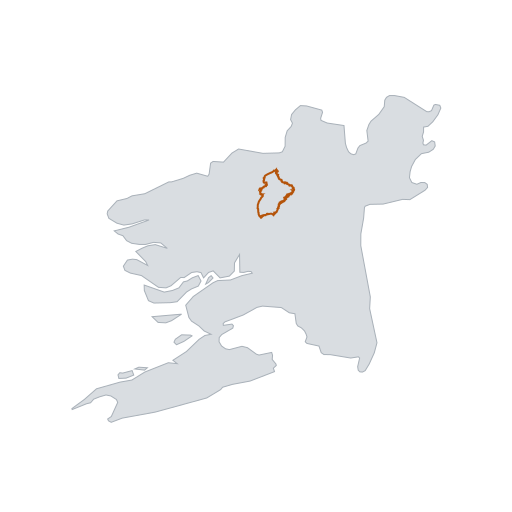 location of Pabna, Rajshahi, Bangladesh, rotated 81°
{"feature_id": "16705992B46384724638491", "entity_name": "Pabna", "entity_type": "district", "adm_level": 2, "iso_a3": "BGD", "parent_name": "Bangladesh", "parent_adm1": "Rajshahi", "projection": "robinson", "projection_center": [89.41, 24.081], "detail": "fine", "context": "in_parent", "style": "outline", "palette": "amber", "viewbox_px": 512, "rotation_deg": 81, "n_neighbors": 0, "source": "geoboundaries", "source_scale": "gbopen_adm2", "svg_char_len": 9051}
<svg xmlns="http://www.w3.org/2000/svg" viewBox="0 0 512 512"><g transform="rotate(81 256 256)"><path d="M177.2,369.0L177.1,356.1L169.2,330.6L169.6,327.8L167.9,315.6L165.9,308.8L164.9,301.6L169.7,291.2L167.8,289.5L157.2,286.3L155.9,283.6L158.2,273.4L150.6,263.7L147.6,256.5L155.7,233.1L157.8,216.9L157.2,213.7L152.2,210.1L143.4,208.6L137.2,205.6L133.6,201.0L130.5,199.2L126.7,200.5L121.8,198.7L117.8,194.2L114.4,188.6L115.7,182.6L122.2,168.2L124.5,167.8L130.1,170.6L132.2,170.6L135.8,164.9L140.9,148.7L158.7,150.1L163.0,149.6L167.5,148.3L169.9,146.3L171.2,143.7L170.8,141.5L165.3,138.4L163.2,136.1L161.7,129.7L160.1,127.3L149.4,126.9L143.8,123.9L140.8,121.3L135.3,112.5L128.6,106.0L122.2,104.4L119.7,102.3L118.4,99.0L119.2,94.1L122.5,84.8L140.2,64.7L140.6,62.5L139.9,59.9L134.8,56.7L134.4,55.1L135.9,50.9L138.8,50.3L144.9,54.2L151.1,60.4L154.8,65.9L154.9,70.3L159.7,71.1L163.8,73.1L167.9,72.5L170.6,73.5L172.4,73.2L173.1,70.6L169.6,64.3L171.3,61.7L175.4,61.8L178.3,64.2L180.5,69.1L180.8,76.6L185.6,83.5L191.9,88.3L196.8,90.6L202.7,92.2L207.8,90.6L210.3,85.9L209.2,81.6L209.9,77.8L212.0,75.7L215.1,75.8L217.5,78.8L224.4,95.2L223.0,102.4L224.6,122.3L222.8,135.4L223.9,140.4L225.1,141.3L235.5,143.8L250.6,149.0L262.2,150.9L314.3,149.5L325.8,152.0L360.6,150.1L370.1,154.3L380.4,161.1L386.3,166.1L387.3,169.0L386.7,171.5L384.8,172.9L381.2,172.9L373.0,169.6L371.6,170.6L371.6,178.4L365.0,198.2L364.0,204.3L361.7,206.7L354.8,207.9L350.3,219.4L348.4,220.8L343.9,218.3L341.1,218.7L337.6,219.8L334.1,222.4L331.6,225.7L328.9,226.8L319.1,226.6L317.3,232.0L310.9,239.0L306.5,257.4L306.9,263.1L312.3,277.9L316.2,297.0L317.6,299.0L319.4,299.1L319.5,290.4L321.3,289.2L323.6,290.2L328.2,302.1L330.8,305.1L334.9,305.9L339.5,304.1L342.9,300.6L344.3,296.9L343.0,284.0L345.2,278.8L353.1,270.9L354.3,268.5L353.7,255.6L356.7,255.2L360.7,256.2L365.8,253.2L367.3,253.1L369.5,256.4L373.1,255.8L378.6,281.4L379.1,299.5L380.4,309.5L382.4,311.8L388.5,326.8L394.4,379.8L395.2,413.5L397.6,425.0L395.7,427.5L393.8,428.0L391.9,424.0L379.0,415.5L375.9,416.3L371.5,421.3L369.8,425.9L370.6,432.4L372.0,438.7L375.1,442.4L375.4,446.4L378.9,461.6L377.9,461.7L370.8,447.9L362.2,434.3L359.3,410.0L359.1,398.0L353.2,383.9L347.7,359.3L350.0,350.7L346.0,354.4L339.5,339.7L329.4,325.2L326.5,318.9L326.3,312.6L322.0,318.9L316.2,323.3L310.2,329.9L306.2,331.9L293.6,333.1L286.2,324.3L275.7,302.6L274.3,297.7L275.7,285.0L273.2,273.0L272.4,262.4L270.6,263.3L269.9,266.2L270.3,270.7L269.5,274.5L251.9,272.0L259.4,278.3L267.5,279.8L271.7,285.5L272.0,294.9L264.0,300.6L264.8,305.4L269.4,311.2L263.8,312.9L262.3,316.7L262.2,322.1L266.1,330.4L265.4,333.7L272.1,344.6L273.4,349.8L271.7,357.2L257.4,372.2L253.2,382.8L249.7,387.7L245.3,388.6L239.9,383.6L239.8,378.5L240.9,374.4L248.4,364.5L244.3,365.8L232.7,374.0L230.5,367.3L229.0,361.2L229.0,353.7L234.6,342.4L228.2,348.0L226.5,355.0L227.3,363.3L226.4,369.1L224.0,376.8L220.6,381.4L215.1,384.3L212.7,388.8L209.0,392.1L207.7,376.8L203.7,356.0L202.9,360.4L204.9,373.3L204.8,381.7L201.8,388.3L195.8,395.4L191.1,396.4L188.4,395.4L179.8,384.7L179.0,374.5L177.2,369.0ZM283.3,369.2L272.6,371.7L267.2,371.0L277.3,352.3L277.0,343.9L275.4,337.1L270.2,331.7L269.9,327.7L267.6,322.4L266.3,316.2L272.1,314.2L276.7,317.7L278.4,324.8L280.7,330.2L288.8,341.1L288.7,347.8L286.5,364.2L283.3,369.2ZM306.3,363.1L299.7,368.1L301.8,338.6L306.7,349.6L307.9,355.5L306.3,363.1ZM331.2,348.4L328.3,350.5L325.6,348.7L322.2,341.8L323.9,333.0L324.9,331.7L329.1,340.7L331.2,348.4ZM355.5,410.6L351.8,410.9L350.0,408.8L350.8,405.9L349.8,396.3L354.5,395.4L356.3,403.4L355.5,410.6ZM351.3,383.9L348.6,393.4L347.5,389.1L349.4,380.8L351.3,383.9ZM274.8,307.1L275.9,310.1L270.0,306.2L268.4,303.4L271.0,301.9L274.8,307.1Z" fill="#d9dde1" stroke="#a8b0b8" stroke-width="1"/><path d="M195.8,241.6L196.0,240.6L196.1,240.9L196.1,241.0L196.4,241.0L196.5,240.8L196.4,240.4L196.4,239.7L197.7,239.9L198.1,240.1L199.2,241.7L200.6,242.7L201.7,243.8L202.8,244.7L204.7,245.6L205.1,245.9L205.7,246.2L206.1,246.3L206.8,246.4L207.9,246.6L208.5,246.8L209.1,247.0L209.4,246.9L209.6,246.6L209.9,246.5L211.0,246.7L211.9,246.7L212.7,246.9L213.1,246.9L213.9,246.6L214.8,246.9L215.3,246.8L215.8,246.7L216.7,246.5L217.3,246.2L217.7,245.7L218.3,245.5L218.7,245.1L219.0,245.0L218.9,244.7L217.8,243.4L217.6,242.8L217.4,242.7L217.2,242.0L216.9,242.8L216.8,242.3L217.1,241.8L216.9,241.5L217.0,241.1L217.1,240.7L216.9,240.7L216.9,240.4L217.0,240.2L216.8,239.4L216.7,238.7L216.3,238.7L216.1,238.6L216.2,238.1L216.1,237.7L216.4,237.4L216.6,237.4L216.5,235.0L216.6,234.2L217.0,233.5L217.7,232.8L218.3,232.3L217.6,231.9L217.4,231.6L217.2,231.6L217.1,231.2L216.8,230.8L217.1,230.8L216.9,230.5L216.5,230.6L216.0,230.9L216.0,230.4L215.9,229.3L215.9,229.2L216.0,229.2L215.9,228.9L215.6,228.7L215.5,228.8L214.9,228.4L214.5,227.9L213.6,227.5L213.1,227.1L212.7,227.4L211.9,226.5L211.9,226.4L211.7,226.5L211.5,226.3L211.4,226.5L211.2,226.4L210.4,226.0L210.3,225.6L209.7,225.6L209.7,225.4L209.3,225.4L209.0,225.3L208.8,225.5L208.4,225.4L208.2,225.1L208.1,224.8L208.5,225.0L208.7,224.6L208.3,224.2L207.8,224.1L207.7,224.4L207.6,224.5L207.5,224.4L207.6,224.1L207.6,223.9L207.4,224.1L207.1,224.1L207.0,223.9L206.8,224.0L206.7,223.7L206.6,223.3L206.5,222.8L206.2,222.7L206.1,222.3L206.5,222.2L206.2,221.5L206.2,221.3L206.4,221.3L206.8,221.5L206.9,221.3L206.8,221.1L206.6,220.8L206.2,220.8L205.8,220.6L205.7,220.1L205.8,219.8L206.0,219.9L206.3,219.7L206.1,219.3L206.0,219.2L205.7,219.3L205.4,219.1L205.5,218.9L205.3,218.7L205.0,218.2L204.8,217.9L204.6,218.0L204.3,218.0L204.3,217.8L204.1,217.9L203.9,218.1L204.0,218.3L203.9,218.4L203.9,218.6L203.9,218.8L203.4,218.7L203.2,218.9L202.9,219.0L202.8,218.8L202.8,218.5L202.7,218.5L202.7,218.4L202.8,218.2L202.5,217.9L202.4,217.3L202.5,217.3L202.5,217.5L202.9,217.5L203.1,217.7L203.4,217.4L203.4,217.0L203.2,216.7L202.9,216.7L203.0,216.8L202.8,216.9L202.7,216.8L202.4,217.0L202.1,216.9L201.9,217.1L201.5,216.8L201.4,216.7L202.1,216.7L202.0,216.3L202.2,216.2L202.4,215.7L202.5,215.5L202.3,214.9L202.3,214.7L202.0,214.6L201.8,214.4L201.6,214.2L201.6,214.6L201.2,214.6L201.0,215.1L201.0,215.3L200.5,215.4L200.4,215.6L200.1,215.5L200.1,215.0L200.3,214.5L200.4,214.3L200.4,214.1L200.3,213.9L200.1,213.9L200.2,213.3L199.9,213.2L200.0,212.8L199.9,212.6L199.7,212.5L199.7,212.3L199.8,212.3L199.9,212.1L199.9,211.9L199.7,211.8L199.8,211.6L200.2,211.5L200.1,211.4L200.1,211.2L199.8,211.1L199.8,210.8L200.0,210.8L200.0,210.7L199.8,210.6L199.7,210.8L199.7,210.7L199.7,210.4L199.3,210.3L199.2,210.4L198.9,210.6L198.8,210.4L198.7,210.3L198.6,209.9L198.7,209.7L198.5,209.3L198.3,209.3L198.1,209.5L198.0,209.3L197.6,209.1L197.4,209.0L197.2,209.2L197.3,208.8L197.3,208.5L197.2,208.4L196.9,208.5L196.5,208.1L196.4,208.1L196.2,208.2L195.9,208.5L195.5,208.5L195.5,208.4L195.3,208.5L194.9,208.2L194.8,208.3L194.7,208.3L194.7,208.5L194.5,208.3L193.8,208.4L193.7,208.2L193.7,208.4L193.6,208.6L193.6,208.8L193.6,209.0L193.2,209.4L192.9,209.4L192.7,209.3L192.4,209.4L192.3,209.8L191.7,209.8L191.6,210.7L191.7,211.2L191.7,211.6L191.3,211.5L191.1,211.6L190.9,211.9L190.9,212.2L190.6,212.3L190.4,212.8L190.1,213.2L189.9,213.3L189.7,213.9L189.3,213.8L189.2,213.7L188.9,213.7L188.7,214.0L188.7,214.3L188.4,214.3L188.3,214.7L188.4,215.0L188.8,215.0L188.7,215.9L188.7,216.0L188.3,215.9L188.2,216.0L188.2,216.3L188.0,216.6L187.9,216.6L187.7,216.5L187.7,217.0L187.8,217.3L187.6,217.6L187.3,218.2L187.0,218.4L186.9,218.6L186.6,218.5L186.4,218.5L186.1,218.8L185.8,219.2L185.7,219.2L185.5,218.9L185.3,219.0L185.2,219.1L184.8,219.0L184.7,219.4L184.4,219.6L184.1,220.1L184.0,220.6L183.7,221.0L183.2,221.2L182.9,221.3L182.6,221.4L182.3,221.2L182.1,221.3L181.9,221.1L182.0,221.4L181.4,221.5L181.3,221.4L180.9,221.5L180.8,221.9L180.4,221.9L180.0,222.1L179.7,222.0L179.4,221.6L179.2,221.5L179.1,221.8L179.1,222.3L178.9,222.3L178.6,222.5L178.3,222.6L177.6,222.6L177.2,222.8L177.2,223.0L177.3,223.3L177.0,223.4L176.7,223.3L176.2,222.8L176.1,222.2L176.1,221.5L175.9,221.3L175.7,221.2L175.2,221.8L174.8,221.9L174.5,221.9L174.0,222.2L174.0,222.4L174.4,222.5L174.6,222.8L174.8,222.7L175.0,222.8L173.9,223.0L174.3,223.1L175.1,223.0L174.9,223.4L174.3,223.2L174.6,223.6L174.7,224.1L174.8,224.5L174.5,224.9L175.0,225.4L175.2,225.9L175.7,226.8L175.8,227.3L176.0,227.7L176.0,228.2L177.1,231.9L177.9,233.9L178.0,234.2L178.5,234.8L179.0,235.1L179.6,235.1L180.0,235.2L180.0,235.8L180.2,236.2L180.9,236.2L181.9,236.0L182.2,236.1L182.3,236.3L182.6,236.6L182.8,236.5L183.2,236.8L183.7,236.9L183.9,236.8L184.1,236.9L184.5,236.8L184.9,236.2L185.0,236.2L185.1,235.8L185.1,235.7L185.1,235.3L185.1,235.1L184.9,235.0L184.9,234.8L185.0,234.2L186.3,234.2L186.9,234.1L187.4,234.1L187.4,235.3L187.6,235.3L188.2,235.0L188.6,235.2L188.5,236.4L188.6,237.1L188.8,237.6L189.0,237.6L189.0,237.8L189.3,238.0L189.5,238.0L189.6,238.8L189.7,239.1L189.8,239.3L190.0,239.3L190.1,239.6L190.0,240.4L189.9,241.5L190.3,241.9L190.7,242.1L190.6,241.8L190.6,241.5L190.9,240.3L191.0,240.1L191.3,240.1L191.5,240.6L192.0,240.9L192.2,241.1L192.7,241.2L192.8,241.6L193.0,242.0L194.4,241.9L195.4,241.2L195.6,241.3L195.7,241.7L195.8,241.6Z" fill="none" stroke="#b45309" stroke-width="2"/></g></svg>